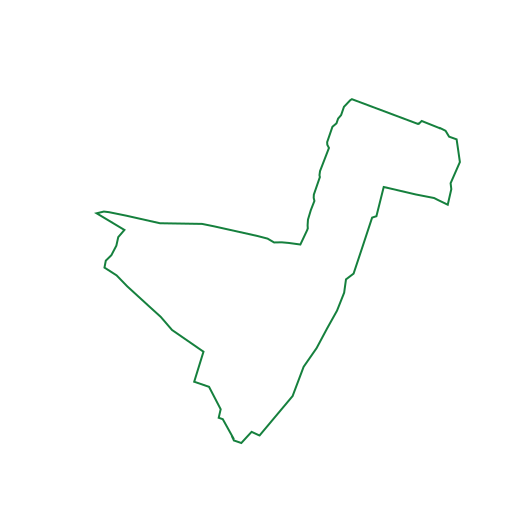 Turkmengala, Mary, Turkmenistan, rotated 199°
{"feature_id": "10190150B49648436133803", "entity_name": "Turkmengala", "entity_type": "district", "adm_level": 2, "iso_a3": "TKM", "parent_name": "Turkmenistan", "parent_adm1": "Mary", "projection": "albers", "projection_center": [62.147, 36.684], "detail": "fine", "context": "isolated", "style": "outline", "palette": "green", "viewbox_px": 512, "rotation_deg": 199, "n_neighbors": 0, "source": "geoboundaries", "source_scale": "gbopen_adm2", "svg_char_len": 1508}
<svg xmlns="http://www.w3.org/2000/svg" viewBox="0 0 512 512"><g transform="rotate(199 256 256)"><path d="M218.0,75.6L217.1,74.7L216.9,74.4L210.5,74.4L210.2,74.4L209.0,74.4L205.3,82.9L202.9,88.3L195.1,87.5L194.2,87.5L191.4,94.8L176.3,134.2L175.8,135.4L174.9,166.7L174.6,167.8L168.7,188.7L165.2,210.6L161.6,230.7L160.7,250.0L161.4,253.5L163.3,263.2L158.0,271.1L158.3,299.8L158.7,329.5L158.7,330.1L155.8,332.3L155.1,332.8L157.7,362.8L152.3,363.4L133.8,365.3L125.0,366.2L107.9,368.6L106.4,368.8L102.2,368.2L94.5,367.3L93.1,367.1L91.4,366.9L93.1,382.8L94.4,385.5L95.7,388.2L95.6,389.2L93.8,411.2L99.8,422.9L104.3,431.6L112.3,431.7L117.3,435.9L117.6,436.1L121.1,436.6L123.7,436.9L123.8,436.6L124.6,436.7L143.3,437.6L145.1,434.0L145.7,434.1L146.0,433.6L216.4,435.5L217.6,434.0L221.4,425.7L221.4,417.3L221.4,416.9L223.1,412.7L223.1,407.6L225.8,403.1L225.8,386.8L224.8,384.4L222.2,381.9L223.1,357.1L222.3,353.1L221.3,351.4L221.3,348.3L221.3,332.9L220.4,329.8L218.7,327.1L219.1,317.2L218.7,307.3L217.2,301.8L216.0,298.9L216.1,298.0L216.0,297.6L217.3,285.7L217.8,281.3L229.3,279.0L236.2,277.3L243.3,274.7L250.7,276.2L261.0,275.4L305.3,270.4L317.4,268.8L357.5,255.7L391.7,251.9L409.2,249.6L414.3,248.5L420.6,244.5L388.9,237.8L392.4,229.0L391.4,220.3L392.4,213.8L393.0,209.7L396.5,202.7L395.5,195.7L381.5,192.3L367.9,185.4L340.2,173.4L326.2,167.4L311.3,158.7L274.5,148.4L273.5,117.0L257.8,117.0L239.5,99.6L238.6,90.9L234.3,90.9L218.6,76.8L219.1,76.7L218.0,75.6Z" fill="none" stroke="#15803d" stroke-width="2"/></g></svg>